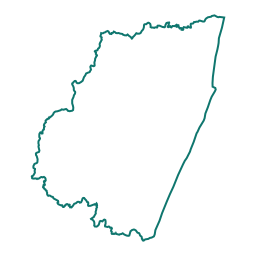 the district of Mahanoro, Atsinanana, Madagascar
{"feature_id": "10022922B42807663031303", "entity_name": "Mahanoro", "entity_type": "district", "adm_level": 2, "iso_a3": "MDG", "parent_name": "Madagascar", "parent_adm1": "Atsinanana", "projection": "mercator", "projection_center": [48.476, -20.043], "detail": "fine", "context": "isolated", "style": "outline", "palette": "teal", "viewbox_px": 256, "rotation_deg": 0, "n_neighbors": 0, "source": "geoboundaries", "source_scale": "gbopen_adm2", "svg_char_len": 5632}
<svg xmlns="http://www.w3.org/2000/svg" viewBox="0 0 256 256"><path d="M153.9,236.4L154.7,234.4L155.4,230.1L159.5,220.8L162.1,213.1L166.9,201.3L170.0,194.0L173.4,186.7L178.1,175.0L183.0,164.4L184.8,160.8L186.7,158.1L190.0,151.6L190.7,149.3L193.7,141.9L196.6,133.3L197.5,131.9L199.5,127.5L203.7,120.6L204.6,118.2L205.4,113.5L207.8,107.4L210.4,99.8L211.7,96.7L214.9,91.3L215.7,89.5L215.3,88.0L212.6,86.7L212.5,83.1L212.9,76.7L215.6,56.6L217.3,49.9L218.1,46.0L218.6,43.0L218.9,38.2L222.0,27.5L224.2,17.5L219.4,16.9L218.6,17.2L217.4,17.0L214.5,15.4L211.8,16.0L211.1,16.7L207.9,17.3L206.1,18.5L205.3,19.5L204.6,21.1L204.1,21.5L202.8,21.5L199.9,20.6L199.2,20.6L198.2,21.7L196.2,21.7L195.0,22.1L194.1,22.0L193.2,23.4L192.4,23.6L191.0,23.7L190.8,23.9L190.6,25.1L191.0,27.2L190.8,27.7L190.4,27.7L189.5,27.3L188.6,27.2L188.0,26.3L187.6,26.5L187.4,27.5L187.1,27.8L183.8,27.1L183.1,28.0L183.3,29.4L182.9,29.9L181.6,29.8L181.4,29.7L181.5,28.8L181.3,28.1L180.6,28.0L179.6,28.4L178.9,27.2L178.4,25.3L178.1,25.4L177.4,26.7L176.5,26.8L176.3,26.4L176.4,26.0L177.1,25.0L176.7,24.7L174.6,26.1L172.5,26.0L171.4,27.4L170.8,27.2L170.3,26.2L169.9,26.3L168.8,27.1L168.1,27.1L167.8,26.9L167.8,26.5L168.8,24.8L168.6,23.8L169.2,22.8L169.1,22.5L167.4,22.7L166.5,23.0L165.5,24.9L165.1,26.7L164.7,27.2L164.1,27.3L163.4,27.0L162.6,27.0L159.6,25.7L157.7,25.7L157.4,26.0L157.3,27.2L157.1,27.5L155.2,27.3L154.2,27.9L152.9,27.5L151.7,27.6L150.6,27.1L150.6,25.4L150.2,23.9L149.0,22.9L148.2,22.7L147.1,23.4L146.2,24.2L145.0,24.2L144.4,24.4L144.0,25.1L143.9,27.2L143.5,28.5L143.1,29.5L141.8,30.9L140.6,33.0L139.5,33.6L137.6,33.7L136.4,33.2L136.1,33.4L135.5,34.4L133.7,36.4L133.2,36.7L132.1,38.5L131.8,38.6L130.8,37.1L128.8,35.7L127.6,34.5L126.4,35.4L124.7,35.3L123.0,34.7L122.5,34.0L122.1,33.9L120.1,33.6L118.6,33.0L117.1,33.2L115.9,33.0L114.9,32.1L113.8,31.6L113.2,32.6L112.8,32.9L111.6,33.0L111.4,34.0L109.8,33.8L109.3,33.1L108.6,31.6L107.7,31.0L106.1,31.6L105.2,32.3L103.8,32.7L103.2,33.2L101.8,33.3L101.2,33.1L101.0,34.4L100.4,36.1L100.5,36.5L101.7,37.4L101.4,38.9L101.8,39.8L101.1,40.9L100.8,41.8L100.3,42.3L99.6,44.1L99.9,45.7L99.7,46.7L99.1,47.9L98.1,48.6L97.4,50.3L95.3,50.8L94.8,51.3L94.9,51.6L96.0,52.5L95.8,53.9L96.8,55.0L97.0,55.6L96.8,55.9L96.2,56.2L96.0,57.1L95.2,58.5L95.0,60.5L94.4,62.3L94.6,65.6L94.0,66.1L93.5,66.2L91.2,65.5L90.8,65.9L90.3,66.9L91.0,69.7L90.3,70.6L89.9,71.7L89.4,72.2L88.1,72.6L86.1,73.5L85.2,75.5L84.0,77.1L82.7,80.7L81.1,82.0L79.0,83.2L77.3,83.2L76.5,82.6L75.9,81.2L75.3,80.9L74.7,81.0L73.3,82.3L72.6,83.4L72.2,83.5L72.2,84.4L73.3,86.4L73.8,88.0L73.8,89.9L74.3,90.9L75.1,91.7L75.2,92.7L74.9,93.8L73.9,95.3L73.6,96.8L72.2,99.9L72.2,103.4L73.0,106.0L73.3,107.6L73.1,110.0L72.2,110.7L69.7,111.2L67.9,110.8L67.3,109.9L66.1,109.0L63.5,109.7L61.6,109.4L60.7,110.2L57.3,111.3L55.6,111.5L54.6,112.0L53.5,113.3L53.1,114.5L51.8,115.9L51.1,116.4L50.4,117.1L49.7,117.4L49.1,118.3L48.9,118.2L48.8,117.9L48.2,118.8L47.6,119.2L47.3,119.0L47.0,119.2L45.6,120.6L45.6,121.5L45.9,122.3L44.6,123.5L44.1,124.5L43.9,125.3L44.6,126.6L44.0,127.1L44.0,128.2L43.8,128.7L43.9,129.5L43.0,130.1L42.7,130.6L42.5,131.4L42.5,133.4L41.9,133.6L41.5,133.4L41.1,133.1L40.8,132.3L40.4,132.3L39.5,133.6L39.3,134.8L39.3,137.1L40.0,138.2L40.0,138.5L39.7,139.3L38.5,141.2L38.4,143.2L38.9,145.3L38.5,146.0L38.5,146.8L39.4,150.6L39.0,151.9L36.4,152.9L35.9,153.6L36.0,155.0L36.7,156.1L37.6,159.2L37.4,162.1L36.8,163.0L34.5,163.9L33.4,166.1L33.4,167.6L33.6,168.1L35.0,168.9L35.0,169.5L34.6,170.9L34.9,172.4L34.7,173.1L33.2,175.6L31.9,176.2L31.8,176.7L32.1,177.1L32.1,178.2L32.3,178.4L33.5,178.6L36.0,178.4L37.0,179.0L37.5,178.6L38.6,178.7L41.0,177.1L41.8,177.0L42.5,177.4L43.9,176.9L45.1,177.8L45.5,178.6L45.7,180.4L45.2,181.2L44.3,181.0L44.0,181.2L43.9,181.6L44.1,182.1L44.1,182.6L44.4,183.0L44.4,183.7L44.9,184.8L44.3,185.4L43.8,184.8L43.6,184.9L43.4,185.6L43.6,186.2L43.0,187.0L43.1,187.4L43.7,187.7L44.0,188.0L44.1,188.6L45.4,189.4L45.5,190.0L46.6,190.7L46.5,191.4L47.1,192.4L47.1,194.1L47.7,195.4L48.3,195.8L48.9,195.5L49.9,195.6L51.6,196.7L52.8,196.9L53.1,197.3L53.4,198.2L53.9,198.6L58.0,200.8L58.3,202.0L57.5,202.7L57.5,203.0L58.3,204.2L60.8,205.3L62.0,205.2L62.4,206.2L63.1,207.0L63.7,207.0L64.2,206.6L64.6,205.6L65.1,205.7L65.9,204.8L66.1,204.4L66.8,204.1L67.4,204.1L68.3,204.9L69.2,204.6L69.5,204.7L69.0,205.9L69.4,206.1L69.6,205.9L70.1,207.3L70.7,207.3L71.0,206.9L71.6,207.3L73.0,205.7L74.2,203.8L76.0,203.2L77.4,201.9L78.8,201.8L79.3,202.0L79.9,202.7L81.1,202.3L82.1,200.2L82.3,199.1L82.8,198.2L83.5,197.9L84.2,198.0L85.4,199.6L86.1,200.2L87.2,202.1L88.1,202.3L88.3,203.2L88.0,205.1L88.4,205.9L90.5,205.8L94.7,204.2L95.2,204.8L95.7,204.6L96.5,203.4L96.8,203.8L97.1,205.7L96.6,206.6L97.0,207.3L96.2,208.7L96.3,209.6L95.6,211.9L95.8,213.5L94.2,216.1L94.1,216.7L91.0,218.9L91.2,219.2L92.5,219.6L94.0,221.4L94.3,222.7L94.4,224.5L94.2,225.5L94.9,226.5L96.7,226.6L97.6,226.0L98.8,224.7L99.8,221.3L100.8,220.9L102.4,221.4L103.8,219.8L104.5,219.6L105.3,220.0L105.6,221.2L105.6,223.7L105.0,225.3L105.1,226.4L107.6,227.0L108.7,226.5L109.3,226.7L110.0,227.7L110.4,227.8L110.8,227.6L111.5,227.7L111.9,228.4L111.2,230.0L111.0,230.9L111.8,231.8L111.6,233.2L111.8,233.8L113.2,234.0L113.8,233.6L114.3,233.9L114.9,233.5L115.7,233.7L115.9,233.3L116.2,233.9L119.2,234.7L119.7,234.3L121.4,234.0L122.7,233.3L124.1,234.4L125.5,235.1L127.1,235.7L128.6,235.8L129.3,235.5L130.5,231.3L132.1,230.0L133.9,229.5L134.6,229.7L135.8,230.4L137.5,232.7L138.8,233.0L139.3,233.4L140.1,235.5L140.6,236.0L141.4,236.5L141.7,237.0L141.9,238.9L142.5,239.2L142.7,240.3L143.1,240.6L143.7,240.6L145.2,239.4L148.3,238.9L149.9,237.9L151.6,237.6L153.9,236.4Z" fill="none" stroke="#0f766e" stroke-width="2"/></svg>